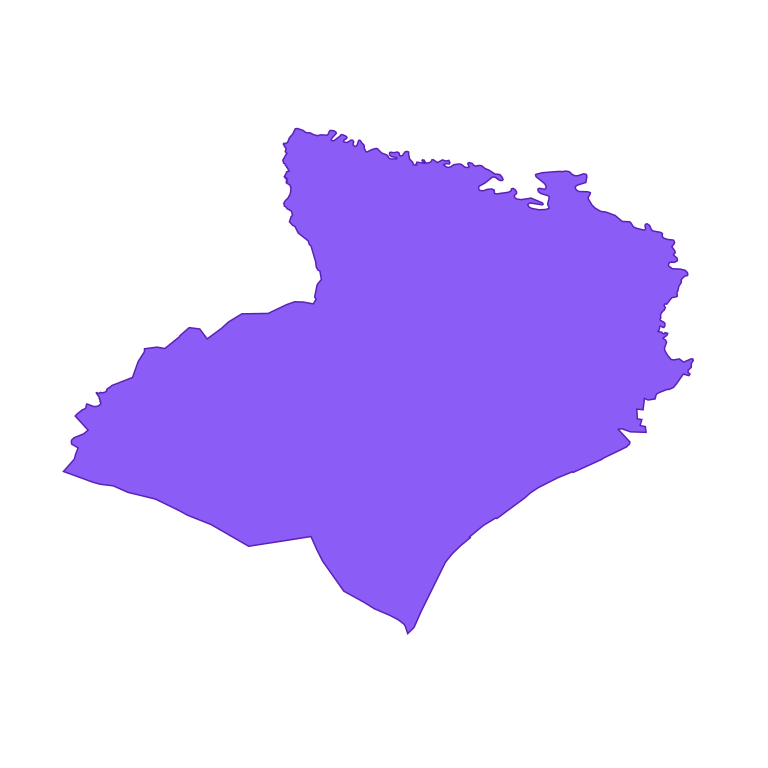 the district of Ozolmuižas pag., Rezeknes, Latvia, rotated 10°
{"feature_id": "27541924B76614576139352", "entity_name": "Ozolmuižas pag.", "entity_type": "district", "adm_level": 2, "iso_a3": "LVA", "parent_name": "Latvia", "parent_adm1": "Rezeknes", "projection": "robinson", "projection_center": [27.259, 56.496], "detail": "fine", "context": "isolated", "style": "filled", "palette": "violet", "viewbox_px": 768, "rotation_deg": 10, "n_neighbors": 0, "source": "geoboundaries", "source_scale": "gbopen_adm2", "svg_char_len": 6154}
<svg xmlns="http://www.w3.org/2000/svg" viewBox="0 0 768 768"><g transform="rotate(10 384 384)"><path d="M633.7,403.9L636.3,400.3L636.2,398.4L622.6,388.0L625.9,386.8L635.1,388.3L650.5,386.1L648.8,380.6L643.4,380.4L644.1,374.2L639.6,374.4L637.3,364.8L643.6,364.4L643.0,353.0L646.8,353.9L653.5,351.7L654.0,346.8L656.2,344.8L663.8,340.2L665.8,339.8L669.7,337.1L671.9,333.3L677.0,322.3L682.9,322.8L683.6,321.0L681.6,319.9L681.1,317.7L683.7,314.2L683.1,310.1L684.5,307.3L683.9,305.8L682.3,305.8L675.3,310.4L670.5,308.0L665.1,310.0L662.3,309.9L658.0,306.2L654.8,302.3L654.1,300.5L654.1,299.2L655.1,294.0L653.8,291.9L651.0,290.8L650.9,290.3L654.1,287.1L654.6,284.9L651.8,284.6L651.7,285.6L650.4,286.0L649.2,285.6L648.8,284.8L644.8,284.8L644.7,284.3L645.4,283.4L645.7,281.3L645.5,279.5L646.7,279.0L648.9,279.9L649.8,279.7L650.5,278.1L650.1,275.4L648.5,274.4L645.0,273.3L644.6,272.4L645.1,271.0L644.3,267.3L645.8,264.0L647.1,262.7L647.8,259.8L646.6,258.7L646.2,257.5L646.7,256.4L648.6,256.2L652.4,249.1L657.2,247.1L657.6,246.4L656.5,242.6L657.3,241.2L657.4,236.6L659.1,232.5L658.7,229.3L661.3,225.7L664.1,224.4L664.2,223.7L663.5,221.6L660.7,219.7L655.9,219.4L648.0,220.4L643.8,218.3L643.4,216.4L644.4,214.5L649.0,213.7L651.1,212.2L651.5,211.2L650.8,209.2L646.8,206.8L646.6,206.2L648.0,204.2L647.2,202.3L643.6,198.8L645.3,195.7L645.6,194.2L644.8,192.8L643.8,192.0L638.3,192.4L634.4,191.8L632.8,190.9L632.2,189.7L632.1,187.6L631.4,187.1L629.8,186.6L622.3,186.6L620.3,185.3L618.2,181.9L615.6,180.6L614.4,180.8L613.7,181.6L613.6,183.2L614.8,185.7L613.8,187.3L605.5,186.8L602.2,185.8L599.0,182.3L597.8,181.6L590.3,182.5L582.2,177.8L572.4,176.1L567.6,176.4L561.3,174.1L557.7,171.6L553.1,166.2L552.7,164.9L554.0,161.3L554.0,159.7L551.2,159.3L542.4,160.6L539.6,159.4L538.4,157.8L538.3,156.3L539.9,154.6L547.8,150.5L547.8,145.1L547.3,143.1L546.4,142.3L544.0,142.4L538.5,145.3L536.0,145.7L533.5,145.2L529.5,142.7L525.6,142.8L523.4,143.7L519.2,144.3L503.3,148.4L497.3,151.1L496.9,151.8L497.8,153.5L506.6,158.3L508.5,159.9L509.5,161.8L509.5,162.9L508.3,164.4L503.5,164.2L502.0,164.8L501.8,166.0L502.8,167.9L505.5,169.2L513.0,170.1L514.1,170.8L514.3,173.4L513.9,177.8L514.2,179.2L516.0,181.6L515.9,182.3L513.4,183.9L506.7,185.5L498.6,185.4L496.0,184.4L494.4,182.4L495.1,181.2L497.0,180.3L508.8,180.1L509.5,179.2L508.5,178.1L496.5,175.4L487.2,178.6L482.5,178.8L480.6,177.8L479.7,176.6L479.8,175.5L481.4,173.5L481.3,171.9L479.4,169.9L477.4,168.9L475.7,169.6L475.6,171.6L473.4,173.5L462.0,177.2L459.9,177.3L458.7,173.8L456.3,173.2L452.1,174.3L447.9,176.6L444.5,176.7L443.7,176.1L443.1,173.9L443.4,172.7L448.8,168.3L454.9,161.3L457.4,161.0L461.9,163.2L463.5,163.4L465.4,162.9L465.7,161.7L463.9,159.2L461.6,157.6L456.8,157.9L449.8,155.0L446.2,154.3L442.2,152.1L439.7,152.2L436.2,153.6L434.2,152.9L432.7,151.6L429.5,151.1L428.6,151.6L428.2,152.5L430.2,155.2L428.7,156.3L426.2,156.5L422.1,154.3L419.5,154.3L414.7,155.9L412.1,158.4L409.7,159.6L408.0,159.5L404.6,157.8L406.8,156.2L410.1,156.0L410.5,154.6L409.1,152.5L406.6,153.6L402.5,153.2L398.2,156.7L393.4,154.5L392.1,155.1L392.0,156.2L391.4,157.4L388.0,159.1L386.1,158.5L384.8,156.7L383.0,156.5L382.6,157.3L382.9,157.8L383.7,158.4L385.6,158.7L385.7,159.7L377.9,159.8L377.4,162.0L378.1,162.5L375.5,163.1L374.6,162.4L373.8,160.7L370.1,157.9L368.5,153.8L368.0,151.3L367.0,150.9L364.6,151.5L362.3,156.0L361.5,156.4L359.8,156.3L358.7,153.9L356.8,153.2L353.6,154.5L350.1,154.6L349.3,155.4L349.7,157.2L350.4,158.0L352.4,158.9L355.9,158.6L357.4,159.2L357.4,159.9L352.2,161.2L349.4,160.6L348.4,158.9L347.1,158.0L341.3,156.8L337.0,153.6L335.4,153.3L331.2,155.3L327.1,158.4L326.0,158.3L323.6,155.3L323.3,153.2L322.6,151.9L320.3,150.5L318.6,148.5L317.5,148.2L316.7,148.6L316.2,152.7L315.5,154.4L314.3,155.2L312.1,154.0L311.8,152.8L312.2,150.9L310.9,149.4L309.2,149.5L305.7,152.6L302.6,152.7L302.1,152.2L302.4,150.4L304.2,149.2L304.8,147.7L303.8,146.7L301.2,145.9L298.6,145.8L297.3,147.9L292.6,152.9L290.7,153.5L289.6,153.0L290.0,151.0L293.5,145.5L292.9,144.2L290.7,143.3L287.3,143.5L286.4,144.4L285.5,148.0L284.6,148.9L278.4,149.6L275.3,151.0L271.6,150.7L267.7,149.5L263.6,150.0L260.2,148.3L254.3,147.4L252.3,148.1L250.7,153.7L248.1,157.9L247.1,162.9L245.0,164.3L243.3,164.5L243.4,165.6L244.1,165.9L244.4,167.0L246.7,169.0L246.4,172.4L248.4,173.8L247.6,175.1L245.5,181.1L246.9,184.0L248.1,184.2L248.9,185.8L250.4,186.7L250.7,187.8L251.5,187.9L252.8,190.2L253.6,190.6L251.1,192.2L251.3,193.2L250.2,195.8L250.6,196.4L249.8,197.1L250.7,198.1L252.3,198.3L251.7,198.8L253.1,199.6L252.6,200.5L253.5,201.4L252.7,201.8L252.8,202.8L257.1,204.6L258.5,207.9L258.7,213.0L257.1,217.7L255.0,220.4L253.9,223.7L254.5,224.3L254.9,226.1L256.4,226.5L258.3,228.3L262.5,229.6L263.8,231.9L264.6,233.8L263.5,235.3L262.7,240.7L266.3,243.5L269.0,244.4L273.3,250.2L284.5,256.2L286.3,259.7L288.1,260.6L295.5,275.7L296.9,280.4L298.9,283.1L301.3,284.0L304.2,292.0L301.5,296.5L300.9,298.4L300.6,310.0L301.1,311.1L302.5,312.1L300.4,317.4L290.0,317.3L281.6,318.6L274.2,322.8L257.7,334.6L231.8,339.6L220.2,349.8L214.2,357.5L202.0,370.3L193.0,361.8L182.4,362.3L174.6,371.9L174.2,373.2L162.0,387.1L154.0,387.1L142.0,390.9L142.4,393.3L142.2,394.5L138.0,404.6L135.2,421.2L116.3,432.7L114.6,435.0L114.1,435.0L112.4,436.8L111.7,438.4L112.1,439.0L111.2,440.2L107.5,441.9L106.5,441.4L104.6,442.9L102.7,442.3L102.2,442.7L102.5,443.1L106.1,446.8L106.0,447.5L107.4,449.7L107.3,450.7L108.5,451.6L108.6,452.8L106.8,454.9L105.4,455.8L102.2,456.6L94.9,455.2L94.6,455.7L94.4,459.6L93.3,460.8L91.7,461.5L87.2,466.5L85.5,469.2L100.6,480.8L96.8,485.3L88.1,490.7L86.1,493.5L86.1,495.2L86.9,497.5L93.8,500.0L92.4,507.6L92.1,511.7L83.5,525.8L114.5,531.3L122.0,532.0L135.0,531.3L150.8,535.2L178.7,537.0L204.4,544.3L213.5,547.4L237.9,552.4L278.9,567.3L338.6,546.9L346.8,559.1L354.3,569.1L380.4,595.0L402.6,602.6L413.5,607.0L429.8,610.8L439.2,613.8L445.6,617.2L446.8,618.5L450.7,625.7L455.9,618.5L459.9,602.1L475.5,548.7L480.8,539.2L487.7,529.7L495.6,520.4L494.7,519.9L501.9,511.3L506.8,505.7L512.3,500.9L517.4,496.5L518.5,496.9L542.7,471.4L546.8,466.1L553.8,459.4L571.2,446.3L584.8,437.7L585.5,438.3L611.9,420.1L612.8,419.0L633.7,403.9Z" fill="#8b5cf6" stroke="#5b21b6" stroke-width="1.5"/></g></svg>